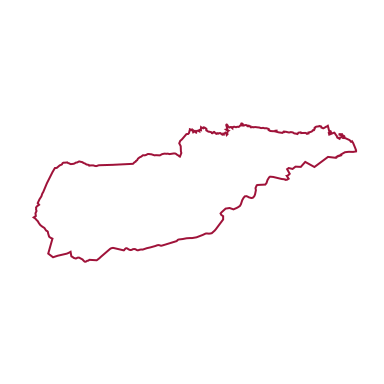 Budeasa, Arges, Romania (Albers equal-area conic projection), rotated 288°
{"feature_id": "2599482B19547720814446", "entity_name": "Budeasa", "entity_type": "district", "adm_level": 2, "iso_a3": "ROU", "parent_name": "Romania", "parent_adm1": "Arges", "projection": "albers", "projection_center": [24.821, 44.946], "detail": "fine", "context": "isolated", "style": "outline", "palette": "rose", "viewbox_px": 384, "rotation_deg": 288, "n_neighbors": 0, "source": "geoboundaries", "source_scale": "gbopen_adm2", "svg_char_len": 6012}
<svg xmlns="http://www.w3.org/2000/svg" viewBox="0 0 384 384"><g transform="rotate(288 192 192)"><path d="M172.4,54.2L167.9,53.2L155.5,51.3L145.8,50.5L144.3,50.1L141.3,50.1L137.9,49.2L133.7,48.7L132.6,50.5L130.4,48.9L129.0,48.5L128.4,48.8L127.2,49.1L125.9,50.0L123.4,49.7L120.9,50.9L118.9,49.3L118.3,51.2L117.0,53.4L116.8,54.0L116.2,54.9L115.7,55.2L114.8,56.4L113.7,57.9L112.8,60.3L112.2,62.7L110.3,65.1L110.1,65.7L110.1,66.3L109.7,67.1L108.1,68.0L105.4,69.9L105.1,70.5L104.7,72.0L104.5,73.7L89.0,74.3L87.0,80.0L89.9,84.0L94.7,92.0L96.1,93.6L97.6,95.0L93.6,97.1L93.4,97.4L93.4,98.2L93.2,98.9L92.8,99.7L92.8,101.7L93.0,102.3L94.2,103.5L94.7,104.8L94.0,108.8L93.5,109.5L92.8,110.9L92.6,111.7L92.7,112.1L93.0,112.6L94.2,113.6L94.7,114.6L95.8,115.4L97.6,122.4L97.9,122.7L100.4,124.4L102.4,125.5L112.6,131.7L113.4,132.4L114.2,133.6L114.5,134.4L115.4,145.1L115.6,145.4L116.9,145.8L118.0,146.5L118.3,147.1L118.3,147.8L117.8,149.6L117.7,151.2L118.3,152.5L119.3,153.4L119.9,154.6L120.1,155.9L119.7,157.5L119.8,158.5L120.4,159.5L120.7,159.7L121.6,161.4L122.0,162.9L124.6,166.4L126.5,169.6L129.3,173.8L130.6,175.4L131.2,176.6L131.3,177.4L131.3,179.2L132.1,180.5L140.6,192.6L142.1,193.3L142.8,194.2L144.4,197.7L146.3,201.1L147.6,204.4L148.2,206.3L150.3,210.3L154.5,215.5L156.6,217.7L157.1,218.7L157.6,220.9L158.0,221.9L158.9,223.5L162.3,225.5L164.0,226.2L175.5,230.1L178.6,229.1L179.3,226.9L180.4,225.8L181.7,226.3L186.6,229.1L188.4,232.7L188.3,236.8L190.7,239.5L192.0,240.7L193.6,241.9L195.6,242.3L199.8,242.3L202.6,242.9L204.2,243.6L204.9,245.2L204.7,246.9L204.5,247.7L204.6,250.3L205.3,251.6L207.1,252.5L209.1,252.7L213.5,252.2L215.3,251.2L218.4,251.5L219.0,252.3L221.7,259.4L223.6,260.1L226.7,260.1L229.7,260.8L230.7,261.5L231.4,264.5L232.1,273.4L232.5,275.2L232.7,276.7L232.4,277.1L233.0,278.5L234.5,279.8L236.6,277.2L236.8,277.6L238.3,278.7L239.5,279.3L243.1,275.4L244.7,276.6L245.0,280.5L248.1,282.6L249.5,287.7L255.6,290.4L253.6,300.7L267.4,310.5L269.0,318.4L269.5,318.8L270.0,318.5L271.5,319.8L271.2,320.1L272.9,322.4L273.4,321.8L277.1,325.2L278.7,328.7L279.9,332.8L281.3,335.5L282.3,335.2L284.3,333.6L288.4,330.1L289.7,328.5L288.9,327.9L288.9,327.5L289.7,326.6L290.1,325.5L290.6,321.1L290.2,319.6L291.2,320.0L291.7,319.9L292.1,319.6L292.4,318.8L292.6,316.9L293.3,316.7L292.6,314.4L292.1,314.5L292.1,316.3L291.9,317.7L291.6,318.0L291.2,318.0L290.3,317.2L290.0,316.8L289.7,316.1L288.2,315.9L288.5,314.2L288.7,314.3L289.2,312.8L290.0,312.4L291.1,310.7L291.9,309.9L292.4,308.9L289.0,304.8L290.4,303.9L291.6,306.0L292.6,305.0L291.6,304.1L297.0,300.7L296.8,300.5L295.9,300.0L295.5,299.5L295.4,299.2L294.2,298.3L293.1,297.1L293.3,295.1L294.0,294.8L294.3,294.2L294.1,293.6L294.1,292.9L293.9,292.9L292.6,290.1L292.1,289.5L291.7,289.4L291.2,288.9L290.9,289.2L289.0,288.7L288.9,289.0L288.5,288.9L288.0,287.8L287.6,287.8L286.7,287.3L285.8,286.3L284.5,284.3L283.7,284.7L282.8,283.3L282.9,283.0L283.3,282.2L283.2,281.4L281.8,277.7L282.2,277.5L282.3,276.9L281.3,274.9L280.5,274.7L280.2,274.3L279.7,274.3L279.6,273.0L279.7,272.7L279.4,271.7L279.4,270.8L279.8,269.5L279.6,268.0L279.4,267.2L278.8,266.5L278.7,266.0L278.5,265.6L278.3,262.5L278.1,261.9L277.8,261.6L278.0,261.3L277.8,260.7L277.3,260.8L277.1,260.2L276.2,259.8L276.1,259.4L275.5,256.0L275.4,253.9L276.5,253.5L276.0,252.3L275.3,252.3L275.2,251.3L274.7,249.7L274.2,247.5L274.4,247.3L274.6,246.6L274.5,246.0L274.7,245.6L275.5,245.6L275.7,244.6L275.6,242.9L275.0,241.3L275.0,240.0L274.8,239.4L274.4,238.8L274.1,237.8L274.1,235.7L273.9,235.2L273.3,232.0L272.6,230.6L272.5,230.4L272.6,229.8L272.0,228.8L271.7,227.9L272.5,227.4L272.3,226.5L272.5,225.9L272.3,225.8L272.4,225.5L272.3,225.3L272.5,225.2L272.4,225.0L271.8,224.9L271.7,224.4L272.1,223.9L272.4,223.5L272.4,223.0L272.2,222.2L271.8,221.4L271.2,220.8L270.9,219.8L271.1,219.6L272.2,219.4L272.5,218.8L272.6,218.2L272.4,217.8L271.8,217.7L270.5,218.2L270.1,217.3L269.4,216.9L268.9,216.8L268.3,216.2L268.1,215.1L267.6,214.3L267.2,213.9L267.1,211.8L266.3,211.0L266.2,210.4L265.1,210.7L265.7,209.2L265.7,208.6L264.9,207.6L265.4,206.4L265.5,205.8L266.0,205.5L266.1,204.7L266.6,204.8L266.9,204.2L266.6,203.9L266.2,203.9L262.6,206.3L261.9,205.1L261.5,206.2L261.5,207.7L261.0,207.3L258.7,207.2L258.0,207.9L257.0,207.4L258.4,206.6L258.8,205.4L257.7,204.9L257.4,204.2L257.2,204.5L256.4,204.5L256.5,203.7L255.9,203.2L256.2,202.0L256.8,201.0L256.4,199.8L255.6,198.9L255.9,198.3L255.7,198.0L254.9,197.5L254.8,197.1L255.3,196.7L255.3,195.7L256.0,194.7L256.0,194.4L255.6,194.0L254.4,193.5L254.1,193.1L254.1,192.7L254.7,192.3L254.8,191.9L254.7,189.8L254.5,189.3L254.5,188.6L254.7,188.1L255.0,186.6L255.4,186.3L256.2,186.4L256.5,186.2L256.9,185.1L257.2,183.9L257.1,183.3L256.4,183.4L256.0,183.0L256.3,182.1L256.1,181.8L256.1,181.4L256.4,180.6L254.5,181.0L253.6,181.4L253.6,180.5L253.4,180.0L253.2,179.8L251.9,180.3L252.1,179.2L252.1,178.6L251.6,177.7L250.7,177.4L249.8,177.6L249.8,177.2L250.9,176.4L251.1,176.1L251.0,175.7L249.3,175.0L249.1,174.7L251.1,173.7L250.6,172.6L251.2,172.4L251.0,172.2L250.9,171.4L251.0,171.1L251.0,170.8L250.6,171.0L250.4,170.9L250.2,170.7L247.1,170.9L246.0,170.4L245.6,169.4L245.3,168.8L239.0,166.2L237.0,165.0L234.4,164.8L232.1,167.1L227.2,168.9L225.8,169.8L221.9,169.6L221.9,169.2L222.5,167.8L222.8,166.3L223.3,165.1L223.4,163.9L222.9,162.5L221.1,158.9L221.0,157.4L220.8,156.6L220.5,156.1L220.0,154.0L218.8,151.9L216.9,150.1L215.9,146.3L215.3,145.1L215.3,141.6L215.0,140.5L214.8,139.2L214.3,138.0L213.3,137.2L212.3,135.8L211.9,134.3L211.7,133.9L210.0,132.8L208.8,131.5L207.0,130.3L205.3,130.0L204.2,129.1L203.6,129.1L202.3,128.0L201.5,127.6L200.9,127.4L200.5,127.0L193.3,108.1L188.9,95.8L188.4,94.7L187.6,93.8L187.0,92.8L186.8,91.6L186.8,90.0L186.1,87.7L185.3,86.1L185.8,85.6L185.8,84.6L185.6,83.8L185.6,82.9L186.0,81.6L186.1,79.5L186.5,78.8L186.2,75.2L184.5,73.5L184.1,72.5L182.8,71.4L182.3,70.8L181.3,68.7L181.0,67.8L181.3,66.3L181.2,65.3L181.6,64.1L181.1,63.3L180.2,60.8L179.7,60.2L179.1,59.9L178.1,59.8L177.0,58.7L176.5,58.0L173.1,55.9L172.4,54.2Z" fill="none" stroke="#9f1239" stroke-width="2"/></g></svg>